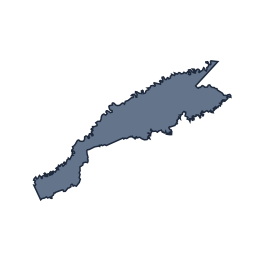 San José Del Guaviare, Guaviare, Colombia (Albers equal-area conic projection), rotated 335°
{"feature_id": "7082276B34884302801431", "entity_name": "San José Del Guaviare", "entity_type": "district", "adm_level": 2, "iso_a3": "COL", "parent_name": "Colombia", "parent_adm1": "Guaviare", "projection": "albers", "projection_center": [-71.872, 2.469], "detail": "fine", "context": "isolated", "style": "filled", "palette": "slate", "viewbox_px": 256, "rotation_deg": 335, "n_neighbors": 0, "source": "geoboundaries", "source_scale": "gbopen_adm2", "svg_char_len": 5979}
<svg xmlns="http://www.w3.org/2000/svg" viewBox="0 0 256 256"><g transform="rotate(335 128 128)"><path d="M197.6,99.3L195.4,100.0L193.4,97.8L193.3,99.3L192.3,100.0L190.2,97.7L189.8,98.7L188.2,99.1L187.6,100.5L185.8,100.7L185.5,99.3L185.0,99.0L183.3,100.3L182.2,99.8L181.7,96.7L180.4,96.4L179.9,97.1L180.2,98.4L179.0,100.8L178.2,100.9L178.1,99.0L177.0,98.6L176.4,99.0L176.7,100.0L175.9,102.0L170.8,98.1L170.5,98.6L170.8,100.8L170.4,101.3L169.6,101.3L168.8,100.1L166.9,99.5L166.2,99.6L165.2,100.9L162.5,100.0L163.3,101.4L163.1,102.0L160.6,101.8L159.4,102.4L159.0,103.3L157.8,103.6L156.3,103.2L157.4,100.8L157.1,100.0L155.7,100.1L155.6,101.5L154.6,102.4L152.4,100.8L151.5,99.2L150.2,98.3L149.8,98.9L150.4,101.4L148.9,103.8L148.3,103.5L148.3,100.2L146.1,99.5L144.0,100.1L145.9,100.2L146.2,101.2L145.6,102.4L143.7,102.1L139.8,103.1L136.8,102.8L134.9,104.9L134.2,103.4L133.3,103.0L130.0,103.9L127.9,103.2L126.7,102.2L125.8,99.7L125.0,98.9L124.1,99.0L123.6,100.5L120.5,99.9L119.7,100.5L119.3,102.4L119.4,104.1L120.9,105.6L120.3,106.9L118.7,106.7L116.5,103.6L115.7,103.3L114.8,104.1L115.2,105.9L114.2,106.7L113.2,106.8L112.0,105.1L110.4,105.2L108.8,106.3L107.2,108.8L105.5,110.2L103.5,109.2L101.0,109.6L101.5,111.8L100.9,112.7L98.5,112.6L96.5,111.8L96.4,113.1L94.5,113.2L94.0,113.8L94.2,114.4L95.2,114.7L95.1,115.4L93.0,116.2L93.4,119.5L93.0,120.0L92.1,119.9L91.9,117.5L90.6,117.0L88.9,118.7L89.1,120.2L88.4,120.9L87.7,120.7L87.5,118.3L86.5,117.4L85.0,117.7L83.8,120.0L82.4,121.0L80.8,120.8L79.0,119.7L78.3,118.1L76.9,117.9L73.4,120.4L71.4,121.4L69.8,121.5L69.8,123.4L67.8,124.2L67.2,125.2L67.5,126.2L68.3,125.5L69.0,126.0L69.3,127.5L68.8,128.3L66.9,127.2L66.3,128.2L66.7,129.4L65.3,129.2L62.0,131.9L61.2,130.1L60.6,130.9L59.5,131.0L56.6,134.1L56.1,132.2L55.5,132.0L54.5,132.9L55.6,133.7L55.7,134.2L53.0,135.1L52.8,132.8L51.8,132.8L50.3,134.0L49.2,133.7L49.7,132.8L49.3,132.4L48.6,133.5L45.7,134.1L46.0,134.7L47.6,134.7L47.5,136.4L45.8,135.6L43.5,137.2L42.1,135.6L41.4,135.5L41.0,135.8L41.4,136.6L41.2,137.4L39.6,138.0L39.3,137.3L40.4,136.0L39.6,134.9L38.3,135.3L38.0,137.9L36.8,137.7L37.2,136.1L35.7,135.7L34.9,136.2L34.8,137.7L34.0,137.8L33.7,137.0L34.4,135.5L33.6,133.7L32.7,133.9L33.4,136.2L33.1,136.9L32.4,136.9L32.1,135.8L31.4,135.4L29.2,135.7L29.3,137.0L28.8,137.4L28.3,137.1L28.6,135.9L27.7,133.6L24.6,135.8L23.7,135.5L23.7,133.4L21.5,134.3L20.4,135.4L21.7,136.8L20.3,137.9L20.6,140.0L19.7,140.8L18.5,140.0L18.5,156.2L20.1,155.6L22.7,156.2L25.0,156.0L25.5,157.4L28.0,157.7L28.0,158.7L29.2,159.6L29.6,159.4L29.3,158.0L32.1,157.2L33.6,155.6L34.3,156.1L35.6,155.7L42.0,156.3L42.9,156.7L42.8,158.2L44.4,158.9L48.2,157.1L49.4,157.4L51.5,157.1L52.2,155.5L53.0,155.2L53.9,155.7L53.7,157.5L55.3,157.5L56.6,158.9L60.8,156.8L63.2,154.2L62.7,152.5L65.0,149.7L64.8,148.0L66.5,146.6L67.9,143.0L71.3,142.5L72.7,140.6L75.4,141.2L76.6,142.2L77.3,141.8L78.3,140.0L78.3,138.7L79.3,137.8L80.1,133.6L81.1,131.1L82.1,130.6L83.5,131.1L89.9,131.0L94.0,132.1L94.4,132.6L94.8,131.7L95.8,132.4L96.6,132.0L97.5,133.2L99.9,133.3L100.9,134.7L119.2,135.0L119.5,136.2L121.0,135.9L122.4,137.0L126.6,136.6L126.9,137.4L128.3,137.2L128.5,138.7L129.2,139.2L129.8,140.9L130.8,140.6L129.9,139.9L131.9,139.5L132.5,141.0L134.1,141.1L135.0,141.7L135.6,143.1L137.8,145.6L140.3,146.5L141.7,146.0L142.0,145.3L143.2,146.9L143.3,145.5L142.2,144.6L143.4,143.7L145.1,144.6L145.7,143.7L144.0,141.1L144.5,141.1L145.4,142.4L146.2,142.7L148.1,141.1L147.5,139.4L148.3,138.9L149.0,141.6L151.7,142.5L152.9,144.2L154.7,143.7L157.3,144.0L157.4,146.3L158.2,146.5L158.7,147.8L159.5,148.1L160.7,147.0L160.4,149.0L161.3,149.5L160.4,149.9L161.5,150.7L162.1,150.0L162.1,150.9L162.7,150.8L162.9,151.6L164.7,152.4L165.4,151.1L163.9,150.3L163.9,149.7L164.7,149.4L165.5,150.6L166.2,149.8L166.2,147.7L165.4,147.2L165.1,145.0L166.1,144.4L166.5,144.9L171.6,145.5L173.3,144.5L174.0,145.0L174.8,144.5L174.5,143.4L175.7,142.7L175.5,141.7L177.1,141.3L177.9,140.4L178.5,140.9L178.7,140.1L179.3,141.9L179.8,140.2L180.7,139.2L180.5,138.5L181.2,139.0L181.5,138.3L183.1,138.5L183.8,137.3L185.7,136.6L186.9,138.0L186.3,138.2L186.5,139.2L184.8,141.1L186.8,143.6L185.4,144.9L186.9,146.4L186.9,148.3L188.1,146.5L187.3,145.8L187.8,145.6L191.0,147.3L190.3,148.0L189.5,147.3L189.5,148.2L191.3,148.4L192.0,147.0L191.1,146.0L191.5,145.7L191.5,145.0L191.0,144.9L191.4,144.5L192.2,144.6L193.5,146.0L194.9,146.0L195.1,145.1L196.2,145.3L196.9,146.5L197.2,145.5L197.6,149.3L198.6,148.8L198.5,147.5L199.8,147.0L201.0,148.1L201.0,148.7L201.5,148.7L202.2,147.6L200.8,146.8L200.0,145.6L202.3,144.0L202.8,144.5L201.9,145.5L203.9,146.0L206.8,145.6L207.7,147.5L209.7,147.2L209.5,148.1L209.9,148.6L210.4,147.5L210.9,148.8L210.7,149.5L211.7,150.1L211.8,148.8L213.7,148.3L213.5,146.5L215.4,146.0L214.7,147.0L215.0,147.7L216.5,147.5L216.3,146.4L217.6,146.6L218.2,147.3L219.4,146.3L220.6,146.4L221.0,147.0L222.3,145.6L221.7,144.4L222.5,144.5L222.5,145.4L223.0,145.7L223.6,144.3L224.6,144.2L224.0,143.4L224.6,143.0L225.2,143.4L225.8,142.6L227.8,143.7L227.3,144.4L226.0,143.9L227.0,144.7L230.9,143.4L230.6,141.9L231.7,141.3L232.7,143.0L233.6,142.9L234.2,143.6L234.8,142.0L234.4,140.6L232.6,140.1L231.6,140.4L228.6,138.8L228.3,136.4L225.1,131.4L225.2,129.9L223.8,129.1L223.3,127.8L221.5,126.9L220.6,125.5L220.3,123.5L218.9,123.1L217.3,124.4L214.8,123.5L214.2,121.9L213.2,120.9L210.7,121.8L209.7,121.2L208.7,121.7L207.8,120.7L207.0,118.4L237.5,105.8L231.6,102.2L230.9,102.5L230.2,105.1L229.3,105.5L228.4,104.3L228.2,101.6L226.5,101.0L226.2,101.7L227.9,103.5L227.9,104.8L226.7,106.3L225.0,106.5L224.5,107.9L223.1,109.4L222.3,108.5L222.6,106.3L222.0,105.3L220.0,107.1L216.0,107.8L215.8,107.1L217.2,106.2L217.0,105.2L216.3,104.2L215.3,104.1L213.7,104.9L212.1,106.6L211.6,106.2L213.1,103.5L212.8,102.6L211.2,101.8L211.9,105.0L210.8,105.5L209.9,104.2L209.1,101.5L207.4,101.0L207.0,102.3L208.1,104.1L207.4,105.8L206.6,106.0L205.6,105.0L206.6,103.8L206.2,102.1L203.8,103.0L202.2,101.1L201.1,101.8L198.9,101.3L198.4,99.9L197.6,99.3Z" fill="#64748b" stroke="#1e293b" stroke-width="1.5"/></g></svg>